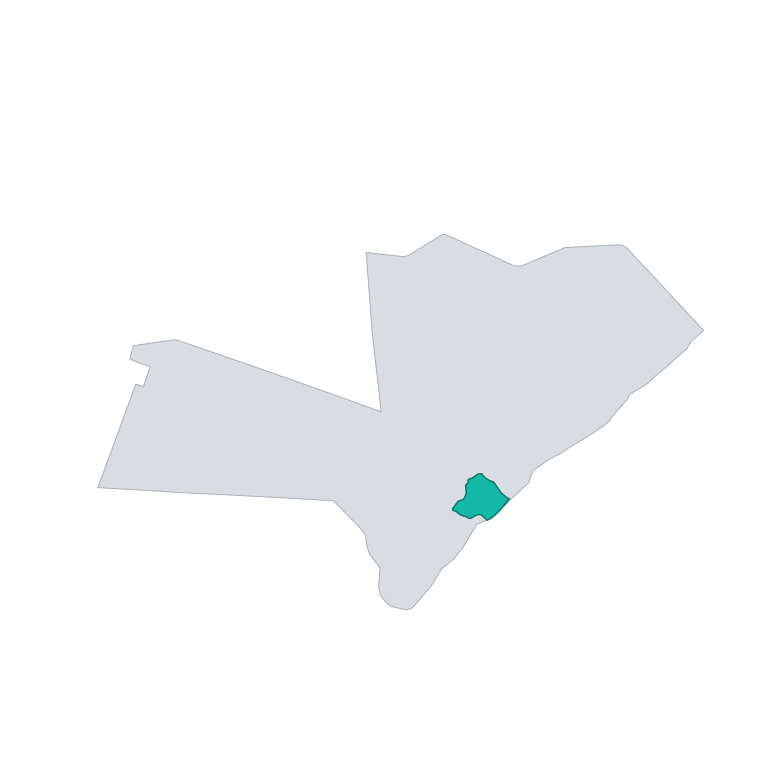 Madaba on a map of Jordan (orthographic projection), rotated 217°
{"feature_id": "JOR-858", "entity_name": "Madaba", "entity_type": "Province", "adm_level": 1, "iso_a3": "JOR", "parent_name": "Jordan", "parent_adm1": "", "projection": "orthographic", "projection_center": [35.711, 31.597], "detail": "fine", "context": "in_parent", "style": "filled", "palette": "teal", "viewbox_px": 768, "rotation_deg": 217, "n_neighbors": 0, "source": "natural_earth", "source_scale": "10m", "svg_char_len": 2105}
<svg xmlns="http://www.w3.org/2000/svg" viewBox="0 0 768 768"><g transform="rotate(217 384 384)"><path d="M248.8,210.4L259.7,213.0L266.0,218.6L276.5,234.7L292.9,239.3L299.5,243.8L308.5,252.3L319.5,255.3L354.2,260.3L381.6,242.1L404.7,226.6L430.8,209.0L448.6,197.0L478.8,176.4L498.6,163.4L524.6,146.1L550.2,129.0L558.2,155.6L566.0,181.5L574.2,208.4L582.2,234.4L574.5,237.2L581.3,257.1L591.2,253.7L602.1,251.0L607.1,263.8L592.6,278.7L577.8,293.3L574.3,295.0L554.7,301.4L514.6,314.4L487.7,323.1L453.2,334.0L424.5,343.0L396.0,351.9L369.6,360.1L385.0,376.4L408.5,401.2L424.2,417.8L442.9,439.1L459.6,458.1L477.4,478.3L465.3,485.4L445.4,497.2L443.4,499.4L441.7,501.5L433.7,522.1L427.4,538.2L425.1,540.3L397.0,546.6L368.5,552.9L350.5,556.8L345.2,561.0L333.6,581.2L321.5,601.9L301.3,618.9L278.7,637.7L273.1,639.0L256.8,636.1L228.8,631.2L201.8,626.4L183.3,623.1L160.9,619.0L164.3,603.2L163.4,594.7L168.9,566.7L172.0,553.4L173.6,543.6L181.4,523.9L180.5,517.4L182.3,494.5L181.5,490.1L185.0,477.7L191.6,459.6L198.1,444.1L200.4,437.1L207.0,422.3L212.9,404.2L209.8,394.3L208.9,392.3L211.3,380.9L211.2,380.8L214.1,362.2L215.7,352.2L219.2,338.9L225.4,327.6L222.6,301.1L222.9,286.8L226.8,270.5L224.7,251.4L226.5,224.3L226.9,221.8L229.1,218.5L230.8,216.8L243.4,211.1L248.8,210.4Z" fill="#d9dde1" stroke="#a8b0b8" stroke-width="1"/><path d="M214.8,367.8L215.0,360.8L214.9,360.7L215.0,360.8L215.0,360.7L215.0,360.4L215.6,351.4L217.2,342.7L219.5,337.3L220.8,337.5L227.9,337.9L229.3,337.2L230.6,336.0L232.3,332.9L233.5,329.6L234.1,328.8L235.4,328.0L236.6,327.6L239.4,327.3L240.7,326.5L244.6,325.5L249.8,325.5L251.4,325.1L252.6,324.6L253.3,324.7L254.1,325.4L254.3,334.1L254.1,335.3L253.5,336.4L251.7,338.5L251.2,339.5L251.1,340.5L251.2,341.7L252.0,344.8L252.8,346.7L257.3,351.5L257.9,353.1L257.8,354.2L257.5,355.1L257.6,356.0L258.2,356.8L259.0,357.6L259.2,358.3L258.9,359.1L257.5,361.2L256.8,362.5L255.0,368.0L254.6,368.8L253.8,369.6L253.2,370.1L252.0,371.1L247.4,370.1L245.2,370.0L241.7,370.4L238.5,371.4L237.1,371.4L235.2,371.0L224.8,367.5L217.0,367.2L214.8,367.8Z" fill="#14b8a6" stroke="#0f766e" stroke-width="1.5"/></g></svg>